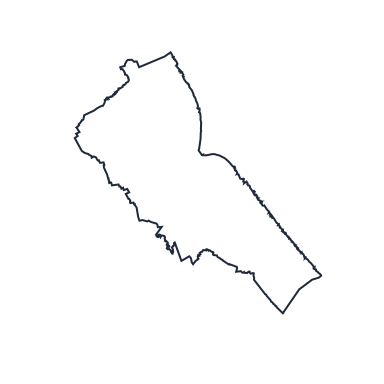 the district of Mueang Samut Sakhon, Samut Sakhon, Thailand, rotated 248°
{"feature_id": "78962969B74449724715778", "entity_name": "Mueang Samut Sakhon", "entity_type": "district", "adm_level": 2, "iso_a3": "THA", "parent_name": "Thailand", "parent_adm1": "Samut Sakhon", "projection": "orthographic", "projection_center": [100.223, 13.533], "detail": "fine", "context": "isolated", "style": "outline", "palette": "slate", "viewbox_px": 384, "rotation_deg": 248, "n_neighbors": 0, "source": "geoboundaries", "source_scale": "gbopen_adm2", "svg_char_len": 6097}
<svg xmlns="http://www.w3.org/2000/svg" viewBox="0 0 384 384"><g transform="rotate(248 192 192)"><path d="M45.5,230.8L45.7,231.4L46.4,232.0L61.6,255.0L65.7,270.5L65.1,277.5L66.0,280.4L66.4,280.5L68.3,279.9L69.5,279.0L70.6,278.7L72.5,277.5L73.7,277.9L74.5,276.7L75.4,277.1L75.8,276.6L76.1,276.9L76.0,276.3L77.6,276.9L82.1,275.4L82.8,274.8L86.4,273.8L87.6,272.8L88.5,272.9L88.2,271.9L88.6,272.2L89.1,271.9L89.6,272.3L90.1,271.8L91.5,272.1L94.3,271.2L94.2,270.6L95.0,270.9L94.8,270.2L95.2,269.8L96.2,270.2L98.0,268.9L98.4,269.3L99.2,269.2L99.2,268.7L99.8,268.2L100.4,269.1L101.0,268.4L101.5,268.7L102.9,268.2L102.8,267.5L103.2,267.3L103.8,267.3L104.0,267.9L104.4,267.3L104.9,267.7L105.8,267.1L107.1,266.9L107.0,266.4L107.3,266.8L107.9,266.3L107.9,266.7L110.6,265.5L111.2,265.7L112.1,265.3L112.3,264.5L113.2,264.9L113.9,264.3L114.2,264.7L115.0,264.3L115.3,263.8L117.7,263.2L118.1,263.4L118.1,262.6L118.5,262.4L118.9,263.1L119.5,262.7L119.7,262.9L120.6,262.0L120.5,261.5L121.5,261.1L122.1,261.9L122.7,262.1L122.7,261.5L123.1,261.9L123.2,261.6L124.6,261.2L126.0,260.1L126.4,260.7L127.5,260.3L128.1,260.5L129.1,260.2L129.1,259.8L129.5,260.1L129.5,259.7L129.8,260.0L130.8,259.7L131.9,258.8L136.5,258.1L137.4,257.8L137.8,256.8L138.4,256.4L138.9,256.3L139.2,257.4L140.8,257.0L140.7,256.4L141.1,256.8L141.9,256.6L142.0,255.9L142.5,256.3L143.9,256.1L143.9,255.2L144.8,256.1L148.1,254.8L152.5,254.0L152.4,253.4L153.0,252.3L154.8,252.1L155.9,252.7L156.0,251.4L156.8,251.4L157.1,252.7L157.4,251.9L158.2,252.3L159.7,250.5L160.6,250.5L161.1,251.2L161.3,250.6L161.8,250.9L162.5,250.1L163.4,250.9L165.1,250.5L165.0,249.4L165.6,249.0L166.1,249.4L166.2,248.8L168.1,248.6L168.7,250.3L169.9,249.8L169.6,248.5L174.0,247.4L175.7,247.8L176.8,247.3L177.0,246.6L178.5,246.2L179.1,246.8L181.3,246.4L180.6,243.7L181.4,244.3L182.4,243.4L184.6,245.0L185.1,244.7L185.0,243.6L186.3,241.7L190.8,241.7L191.1,241.1L191.9,241.0L191.9,240.4L192.5,241.1L195.0,241.0L195.1,240.5L196.1,240.0L197.0,240.6L197.3,240.2L198.4,240.1L198.9,241.2L199.3,241.1L199.7,240.8L199.5,240.1L200.9,239.3L206.9,237.2L210.8,235.2L215.5,231.2L218.8,226.8L219.6,224.7L220.5,219.6L222.1,215.5L222.3,215.3L222.6,215.7L222.7,215.0L228.1,213.7L229.4,214.8L238.0,219.8L244.3,222.6L245.1,223.3L247.0,223.8L252.7,226.4L256.3,227.1L258.0,228.0L261.8,229.0L263.0,228.9L263.4,228.4L264.9,229.8L266.7,230.2L266.7,229.0L267.5,228.3L269.5,229.8L272.0,230.1L274.9,229.9L278.5,230.3L279.0,229.9L281.4,229.7L282.0,230.1L286.8,229.9L290.2,228.8L291.7,229.3L292.0,229.0L292.6,229.3L293.8,229.2L294.0,228.5L295.5,228.2L296.1,227.6L299.6,226.9L301.2,226.9L301.7,227.4L302.1,226.9L303.2,226.8L303.8,227.9L305.5,227.6L306.6,227.8L306.9,226.4L307.7,227.1L308.3,227.0L308.1,226.1L308.5,225.4L309.2,225.5L310.1,226.4L313.0,225.1L314.4,225.1L314.9,224.6L315.3,225.8L316.0,225.7L316.3,226.5L319.2,226.4L320.0,225.8L321.0,226.0L321.1,225.5L322.0,225.0L323.1,225.4L323.6,224.9L324.1,225.5L324.5,224.5L325.7,225.0L329.5,224.5L327.9,217.3L327.5,189.7L333.7,189.7L334.3,188.1L334.3,187.2L337.1,185.8L338.5,182.0L337.9,180.4L336.7,179.1L335.6,177.7L334.1,176.9L334.6,172.2L332.4,172.1L331.9,173.6L329.2,174.3L328.3,174.1L327.6,174.4L325.9,173.9L325.1,175.2L323.2,175.7L321.8,175.8L321.4,175.4L320.4,175.6L319.1,175.2L318.2,174.0L317.7,171.3L317.1,170.9L316.5,169.2L316.9,168.6L316.2,167.3L315.5,167.2L314.9,163.6L315.6,163.2L315.6,162.6L314.0,161.8L313.5,159.5L312.8,159.7L312.4,158.8L312.8,158.1L312.0,158.2L311.7,157.8L312.1,157.2L311.4,156.6L312.0,156.2L311.7,155.1L310.4,154.2L310.8,153.4L310.5,152.7L311.0,152.2L310.6,151.3L310.7,150.4L311.2,149.4L311.1,148.9L310.6,149.0L311.0,148.6L310.3,148.4L310.7,148.2L310.3,147.6L310.5,147.3L309.8,147.2L309.9,145.6L309.3,145.6L307.2,144.1L305.3,141.7L305.7,140.3L305.2,135.4L304.2,131.8L303.6,120.8L299.9,118.4L299.4,116.8L299.7,116.6L298.0,114.4L297.3,112.3L296.2,112.3L295.2,109.4L294.9,109.8L294.4,109.2L289.7,110.1L289.4,106.4L286.8,107.0L285.9,103.5L271.4,105.2L268.3,107.2L266.0,110.2L264.9,110.6L263.1,112.3L261.4,111.9L261.7,114.3L260.1,115.9L256.6,116.4L256.3,116.7L256.3,117.5L253.5,117.6L252.6,121.0L249.9,120.9L249.7,120.1L247.6,119.5L239.7,119.8L236.0,119.3L235.8,119.7L234.7,119.2L232.4,119.4L232.3,118.7L231.4,118.6L230.9,120.6L228.1,120.3L226.5,126.7L224.3,126.7L224.0,127.7L221.5,127.8L221.8,129.7L219.4,129.5L219.1,133.0L215.2,133.6L215.0,129.9L209.4,130.5L209.2,131.2L207.0,131.5L206.2,130.9L204.8,130.7L204.1,133.8L202.3,133.7L202.2,134.4L201.2,134.2L198.3,134.8L189.3,132.8L185.1,132.5L184.5,135.6L181.5,139.5L181.7,141.1L179.6,142.7L176.0,147.3L174.7,147.6L172.1,147.2L171.0,150.8L165.9,142.8L165.0,143.2L164.7,142.6L163.3,143.0L162.7,144.1L163.4,145.1L163.9,144.9L164.0,144.2L164.5,144.4L164.8,145.8L163.9,146.7L162.3,146.3L162.8,147.0L162.8,148.3L161.2,150.0L160.0,150.0L159.0,149.1L157.3,149.2L156.8,148.6L156.1,149.0L155.9,149.9L154.0,150.6L153.2,150.2L153.0,149.0L152.5,148.7L152.0,148.9L151.8,150.1L150.2,150.7L149.7,149.9L150.4,149.2L150.3,148.5L149.1,147.5L147.8,148.3L147.8,149.5L145.4,150.4L144.4,150.0L143.7,150.5L142.5,150.4L142.1,150.9L144.1,152.4L145.5,152.4L145.9,152.8L148.2,152.6L148.8,154.5L149.2,154.5L149.9,156.2L151.3,156.1L151.6,157.1L132.1,156.4L133.4,165.4L131.7,166.1L129.8,166.1L127.1,165.4L124.6,166.0L126.7,169.4L127.4,172.7L127.8,173.0L128.4,172.5L129.4,173.2L130.2,173.2L130.8,173.7L130.1,174.0L130.0,175.0L131.1,175.3L131.1,176.5L131.7,176.5L132.0,175.8L132.6,176.2L133.1,178.3L132.8,179.1L134.0,180.6L132.5,183.4L133.5,183.8L133.5,184.2L132.6,185.1L131.4,185.5L131.7,186.0L131.3,186.6L129.3,187.7L128.3,189.1L127.8,189.2L126.4,188.1L125.5,188.3L123.9,191.3L122.0,191.4L120.4,192.9L118.4,194.0L117.8,194.8L116.8,195.0L112.3,198.1L111.1,199.0L111.1,199.7L110.6,199.7L110.0,200.9L105.8,205.5L104.6,205.3L101.5,203.1L100.3,207.6L98.3,208.5L98.0,209.2L98.3,210.4L97.4,210.5L96.2,212.7L96.7,213.5L96.5,214.3L96.9,215.2L96.4,215.6L95.7,215.2L94.2,216.0L94.0,218.2L93.5,218.8L91.3,217.7L89.2,217.5L87.4,216.6L69.7,221.6L69.0,222.3L67.9,222.3L62.3,224.2L60.4,224.4L59.4,225.3L57.9,225.4L56.9,226.3L55.2,226.6L54.5,227.5L53.5,227.3L45.5,230.8Z" fill="none" stroke="#1e293b" stroke-width="2"/></g></svg>